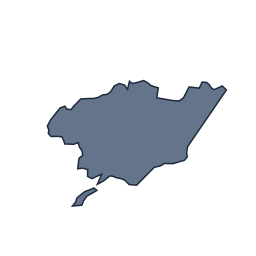 Jaqueira, Pernambuco, Brazil, rotated 223°
{"feature_id": "56859067B82313432077576", "entity_name": "Jaqueira", "entity_type": "district", "adm_level": 2, "iso_a3": "BRA", "parent_name": "Brazil", "parent_adm1": "Pernambuco", "projection": "equal_earth", "projection_center": [-35.799, -8.742], "detail": "fine", "context": "isolated", "style": "filled", "palette": "slate", "viewbox_px": 256, "rotation_deg": 223, "n_neighbors": 0, "source": "geoboundaries", "source_scale": "gbopen_adm2", "svg_char_len": 1269}
<svg xmlns="http://www.w3.org/2000/svg" viewBox="0 0 256 256"><g transform="rotate(223 128 128)"><path d="M112.0,65.9L109.7,72.9L108.6,80.7L105.8,82.5L101.9,84.1L98.4,86.3L94.3,87.7L88.6,87.4L82.7,92.0L82.0,117.2L78.6,122.1L77.1,126.9L70.8,132.6L64.7,143.0L64.9,147.3L68.3,149.9L71.7,155.0L82.0,223.0L87.8,223.0L89.5,218.7L91.2,214.7L94.3,214.2L98.5,215.1L101.7,214.9L105.1,212.1L103.1,205.8L111.3,199.7L108.0,187.9L109.1,182.6L114.0,178.6L117.4,176.4L127.5,169.7L133.2,178.0L140.0,174.7L144.0,174.5L148.9,173.4L153.1,166.3L155.3,163.4L158.8,163.2L156.8,159.6L154.7,155.9L159.8,157.1L164.8,154.5L166.7,149.3L165.4,142.8L166.2,138.5L169.3,134.6L170.7,129.9L173.6,125.8L176.3,123.3L179.3,120.3L182.4,116.9L182.4,111.3L182.7,106.8L182.1,102.7L185.6,100.1L189.0,101.0L191.3,96.5L190.6,86.5L190.1,81.1L188.3,74.3L184.8,72.7L182.4,69.6L178.5,69.3L173.3,74.3L170.3,76.4L166.9,75.2L163.3,73.2L159.5,76.6L156.8,78.8L154.4,83.3L150.9,81.1L145.7,79.7L142.5,77.1L143.2,72.5L140.8,69.1L137.0,63.9L133.4,68.0L129.1,70.0L124.5,65.0L119.6,66.6L118.3,70.5L115.6,76.1L112.0,65.9ZM115.4,33.0L109.1,40.1L110.8,44.2L111.6,50.3L109.3,57.3L108.2,61.2L112.0,60.9L113.9,56.7L116.2,52.1L117.1,46.2L117.6,41.9L115.9,38.3L115.4,33.0Z" fill="#64748b" stroke="#1e293b" stroke-width="1.5"/></g></svg>